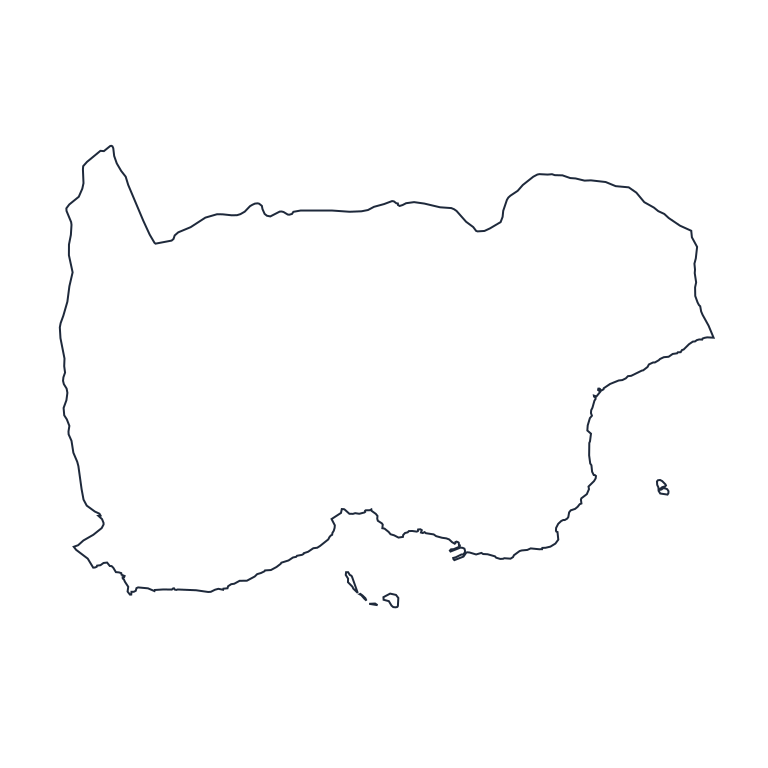 Asseb, Debubawi Keyih Bahri, Eritrea, rotated 93°
{"feature_id": "51966322B31129292770878", "entity_name": "Asseb", "entity_type": "district", "adm_level": 2, "iso_a3": "ERI", "parent_name": "Eritrea", "parent_adm1": "Debubawi Keyih Bahri", "projection": "natural_earth1", "projection_center": [42.689, 12.973], "detail": "fine", "context": "isolated", "style": "outline", "palette": "slate", "viewbox_px": 768, "rotation_deg": 93, "n_neighbors": 0, "source": "geoboundaries", "source_scale": "gbopen_adm2", "svg_char_len": 6128}
<svg xmlns="http://www.w3.org/2000/svg" viewBox="0 0 768 768"><g transform="rotate(93 384 384)"><path d="M582.6,664.8L582.4,663.1L581.6,661.4L580.4,661.0L579.8,657.7L577.4,654.7L576.8,651.2L580.1,648.3L580.1,646.5L581.7,644.7L585.9,641.9L586.0,638.9L586.6,636.5L588.2,636.1L589.3,633.0L590.5,633.4L590.7,634.9L591.9,634.7L592.8,633.5L595.0,632.4L599.9,628.8L604.7,629.2L607.6,626.7L607.5,625.4L604.7,625.3L604.6,623.0L603.5,621.1L600.8,620.5L600.0,618.9L600.4,609.0L602.8,602.4L601.7,602.1L600.7,593.5L600.4,585.1L599.3,584.1L599.0,583.1L600.2,582.3L600.5,580.6L600.0,579.2L599.8,560.8L600.9,548.7L600.6,546.1L598.3,542.0L597.2,538.7L597.9,533.9L596.8,533.7L596.2,529.6L594.1,529.1L591.9,526.1L591.3,523.1L588.1,517.9L587.6,510.6L583.0,503.0L580.5,500.7L579.2,497.0L577.3,493.6L576.4,493.1L575.7,487.2L572.4,481.8L569.1,477.9L567.8,477.1L565.2,470.1L562.0,465.8L561.2,462.7L560.1,461.9L558.9,457.0L558.0,455.5L557.2,455.3L555.5,451.0L551.7,446.0L551.0,442.1L549.0,439.3L542.1,431.5L539.8,430.5L538.1,429.2L537.3,427.9L535.4,427.7L533.2,426.5L530.3,425.8L527.7,425.7L521.6,429.3L515.0,420.2L511.1,419.6L511.1,417.4L511.6,416.5L515.4,411.8L515.3,408.2L514.5,406.0L514.9,402.0L514.6,400.9L513.3,396.8L512.7,396.1L511.7,396.3L511.1,395.7L510.8,391.6L509.9,390.1L511.3,389.8L514.1,385.4L516.1,383.6L518.9,383.7L520.9,383.0L523.3,378.8L524.5,377.9L528.1,378.1L528.4,375.9L531.5,371.6L533.7,369.6L534.6,365.9L536.6,361.5L535.7,357.1L533.7,356.9L531.7,355.2L530.9,352.6L529.6,351.5L529.3,348.2L529.7,343.6L529.2,342.5L527.5,342.3L527.2,340.0L528.0,338.6L530.4,339.3L530.8,337.5L529.8,335.7L530.8,334.4L531.6,326.5L533.2,324.0L534.5,318.1L534.9,313.7L535.8,310.8L538.4,307.7L539.8,305.0L539.1,304.3L538.1,304.4L537.6,303.3L538.0,302.0L538.5,301.1L541.0,300.7L541.2,299.8L542.4,299.9L545.3,305.8L545.6,308.4L546.9,309.5L547.8,308.8L543.4,299.1L543.5,296.9L544.2,295.1L546.1,294.4L548.0,294.4L550.2,296.2L550.2,297.8L553.3,303.3L554.1,305.8L555.2,305.5L556.2,304.5L552.2,295.6L548.2,293.1L547.7,292.2L547.8,289.7L549.4,283.1L547.6,277.9L548.6,276.1L548.6,271.6L550.3,264.2L551.6,262.9L552.6,258.8L552.3,255.9L551.7,254.8L551.8,248.5L550.1,246.1L548.2,245.3L543.7,239.8L543.0,237.7L542.2,232.2L540.5,228.9L540.9,220.4L540.7,217.5L539.4,217.3L539.1,214.1L537.7,209.3L534.4,204.5L530.3,201.8L522.7,203.0L522.4,204.1L521.6,204.6L518.7,204.6L514.5,202.7L511.5,199.8L510.4,197.8L510.4,196.4L508.9,194.1L507.3,193.0L502.5,192.4L500.4,190.9L498.7,186.6L496.5,184.2L493.8,182.3L493.0,180.6L489.1,181.3L487.8,180.9L483.4,175.7L478.3,173.8L475.7,174.4L470.0,169.2L467.2,167.7L464.8,167.5L463.9,168.7L463.9,169.8L460.7,171.6L454.3,172.6L452.6,173.9L444.6,175.4L432.1,175.9L430.5,175.3L422.8,174.7L419.8,178.5L414.7,178.4L407.3,176.6L404.8,174.7L402.2,175.8L399.3,175.7L396.8,174.6L389.7,173.0L387.8,171.9L386.3,172.2L385.6,173.6L384.6,173.8L385.3,171.2L380.4,167.6L378.8,169.9L377.4,169.7L377.3,168.8L377.8,167.9L378.7,167.5L378.9,166.2L377.8,164.5L376.7,164.3L372.1,158.2L368.2,149.8L367.6,146.2L365.7,142.8L363.4,140.8L362.9,137.6L357.1,127.2L356.8,125.9L353.2,121.7L350.6,120.5L348.4,116.4L348.3,114.6L345.9,110.9L344.6,109.7L342.6,106.0L341.9,101.2L338.9,97.3L338.0,92.9L337.0,92.3L336.7,89.4L334.5,88.2L333.9,86.6L328.3,81.5L325.5,77.8L325.2,75.6L323.8,73.9L323.0,71.5L323.0,68.6L321.9,68.2L321.1,66.2L320.5,63.7L320.5,57.3L308.8,62.9L298.2,69.5L294.9,71.1L289.8,72.3L288.7,73.6L286.2,75.1L279.8,77.8L271.2,78.4L266.2,77.6L257.0,79.5L253.5,79.4L247.6,80.3L242.3,79.2L230.7,78.5L221.4,84.2L214.9,85.2L210.4,96.7L203.4,108.3L199.5,113.0L197.0,119.2L193.7,123.7L188.8,133.6L179.7,142.0L174.8,149.9L174.3,163.0L170.7,173.2L169.8,188.0L170.4,194.4L168.7,203.5L168.6,208.8L166.3,216.7L166.5,224.4L165.7,227.2L166.3,231.5L166.3,239.8L166.8,241.8L169.2,245.8L178.0,255.8L184.1,260.6L189.3,267.6L191.3,269.6L193.7,270.9L204.8,274.0L210.9,274.3L216.2,276.0L223.1,286.4L225.9,291.7L226.7,298.5L226.3,300.0L222.6,303.1L217.7,310.5L207.4,320.6L205.8,323.2L204.8,326.0L204.6,337.3L201.7,353.2L200.8,363.5L202.3,371.4L204.3,374.8L205.4,377.7L204.5,379.4L203.0,379.6L202.9,381.1L201.1,383.7L200.9,385.5L204.3,393.3L207.6,403.3L211.1,409.1L212.7,415.5L213.8,427.3L213.5,444.5L215.1,476.2L216.8,483.5L219.0,484.8L219.9,487.5L219.8,489.0L217.5,493.3L217.1,495.3L217.3,497.2L222.6,506.3L222.1,509.7L220.4,512.1L215.7,514.5L212.5,515.3L210.5,518.1L210.2,519.6L210.6,522.3L211.9,524.8L213.4,527.1L219.2,532.1L221.9,536.3L223.1,539.6L223.5,544.8L223.0,554.0L223.2,559.6L227.2,571.1L237.5,585.3L243.3,597.4L246.6,600.8L250.2,601.8L251.9,603.6L255.8,619.5L255.0,620.6L247.1,625.8L233.6,632.9L198.5,649.9L190.5,652.8L185.0,657.6L177.7,662.4L170.4,665.4L162.7,666.7L160.8,667.7L160.4,668.9L160.7,669.9L166.1,675.9L166.0,679.4L177.7,692.2L182.2,695.8L185.4,695.9L199.2,694.6L204.7,695.5L213.0,698.6L221.2,707.7L225.2,710.4L227.8,710.1L238.7,704.9L241.4,704.4L251.5,704.5L261.2,705.9L271.9,705.4L288.8,700.8L302.9,703.3L318.4,704.5L332.6,707.8L340.1,710.1L344.4,710.7L355.1,709.5L375.3,704.4L382.9,704.3L389.3,703.1L394.1,704.5L397.6,704.7L400.9,703.7L405.2,700.7L409.4,699.7L416.8,700.3L424.7,702.7L432.0,701.7L435.9,698.9L442.3,696.0L447.9,696.6L450.8,696.3L457.1,693.1L468.9,690.6L477.7,686.3L482.0,684.9L504.8,680.5L515.2,678.0L521.0,674.5L526.5,666.1L528.4,661.4L530.2,660.2L530.6,662.3L533.7,658.5L537.4,656.8L539.0,656.7L542.7,658.4L549.8,666.4L556.0,676.0L561.0,681.0L562.8,685.3L565.7,682.8L573.9,670.7L582.6,664.8ZM599.5,373.1L600.6,367.8L604.9,364.9L606.3,363.1L606.4,360.6L605.9,359.0L604.9,358.5L596.9,358.5L594.0,361.0L593.0,366.9L596.9,373.4L599.5,373.1ZM478.9,102.4L479.6,95.1L478.2,94.3L476.1,94.3L474.2,95.7L473.5,97.9L473.5,99.9L474.8,101.3L475.2,102.7L474.1,102.5L472.5,100.8L471.5,97.9L470.6,97.1L469.5,97.7L466.4,101.1L465.4,103.3L465.8,105.4L467.0,106.3L470.4,105.9L473.1,104.5L476.3,104.2L478.9,102.4ZM576.7,412.2L580.2,409.7L583.8,409.6L588.1,404.9L589.9,404.0L594.0,399.3L578.3,405.8L577.2,406.5L576.4,408.2L573.8,410.0L573.9,412.0L576.7,412.2ZM596.1,395.6L599.4,392.4L601.2,390.2L598.9,391.4L596.3,394.4L594.8,396.7L595.2,397.4L596.1,395.6ZM604.3,387.3L605.2,378.9L603.7,381.4L604.3,387.3Z" fill="none" stroke="#1e293b" stroke-width="2"/></g></svg>